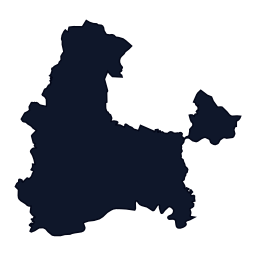 the district of Ha Trung, Thanh Hóa, Vietnam
{"feature_id": "81297802B67206181597957", "entity_name": "Ha Trung", "entity_type": "district", "adm_level": 2, "iso_a3": "VNM", "parent_name": "Vietnam", "parent_adm1": "Thanh Hóa", "projection": "orthographic", "projection_center": [105.848, 20.055], "detail": "fine", "context": "isolated", "style": "filled", "palette": "ink", "viewbox_px": 256, "rotation_deg": 0, "n_neighbors": 0, "source": "geoboundaries", "source_scale": "gbopen_adm2", "svg_char_len": 5835}
<svg xmlns="http://www.w3.org/2000/svg" viewBox="0 0 256 256"><path d="M131.6,46.0L125.8,40.9L123.0,38.9L118.6,37.6L115.7,37.2L114.0,35.4L112.6,34.8L111.2,34.7L109.8,35.0L107.0,34.6L106.1,34.2L104.0,30.7L103.5,27.7L102.6,26.1L101.3,25.3L97.8,24.9L96.8,23.9L93.1,23.6L89.5,22.4L86.3,20.5L82.6,26.5L81.8,26.8L73.6,26.7L69.8,27.1L69.1,27.3L68.1,31.6L67.0,31.6L65.3,30.0L64.0,31.6L62.2,35.3L61.6,39.0L62.4,41.2L62.3,44.5L63.8,51.3L63.7,52.4L62.9,53.0L61.0,56.3L61.2,59.8L60.6,60.8L59.4,62.0L58.8,63.8L58.3,64.4L54.3,66.5L53.3,67.7L52.0,68.3L51.8,69.2L52.2,71.2L51.8,71.7L51.9,72.1L51.5,72.6L50.9,74.5L49.7,75.7L51.3,76.6L52.2,77.5L52.1,77.8L50.8,77.7L50.5,78.0L50.5,78.5L51.6,79.8L51.5,80.1L50.4,80.3L50.1,80.6L51.0,82.8L50.3,83.7L50.3,84.7L48.6,85.2L46.6,88.5L44.8,89.2L44.1,90.4L43.3,92.5L42.2,94.4L42.6,95.3L44.5,96.4L45.2,97.2L46.4,99.1L46.6,104.3L46.3,106.3L45.9,106.4L40.4,105.2L39.0,104.5L38.3,103.6L36.7,102.6L35.3,102.8L34.6,102.5L33.3,102.8L31.9,102.5L31.4,102.7L29.2,106.8L29.6,110.2L27.8,111.6L24.8,113.1L21.3,119.1L22.7,121.2L23.7,121.7L25.9,122.1L28.0,124.0L30.7,125.6L32.3,127.0L32.6,127.6L36.5,130.5L32.2,134.9L31.6,135.9L33.4,142.8L35.3,143.8L34.4,145.3L34.5,145.9L36.1,147.7L33.0,148.4L32.1,149.0L31.0,150.3L30.6,151.2L30.7,152.0L32.7,155.5L34.0,159.2L34.9,163.1L34.9,164.4L32.6,164.1L32.7,166.3L32.2,168.1L31.1,169.7L31.3,170.0L32.7,170.2L33.6,171.3L33.5,172.1L32.7,173.2L31.7,176.1L30.6,177.6L28.9,179.0L28.4,178.9L27.8,178.1L27.0,178.1L23.0,182.0L22.6,182.0L22.2,181.6L22.1,180.4L21.8,180.0L20.0,179.3L19.2,179.4L18.8,179.9L18.7,182.1L16.9,183.5L15.4,186.6L18.5,189.6L18.3,195.4L18.6,197.8L19.2,199.0L20.9,200.7L25.5,203.6L27.2,205.2L28.4,205.8L31.1,206.2L30.4,211.8L30.5,212.4L32.2,214.7L35.1,217.1L34.9,217.6L34.1,217.5L33.6,217.9L33.4,219.5L32.1,218.9L31.5,219.1L31.5,219.5L32.5,220.1L32.5,221.2L34.2,221.7L34.4,222.2L33.9,222.7L33.3,223.9L32.2,223.2L31.5,223.2L30.8,223.6L29.5,225.0L29.6,225.4L29.9,225.4L31.0,224.6L31.8,224.7L30.7,226.1L31.8,227.0L31.9,227.5L30.9,229.0L30.1,231.2L31.3,231.9L34.6,230.6L39.0,227.8L42.7,227.6L43.7,227.8L45.8,228.9L48.2,231.7L52.2,235.0L54.5,235.5L60.5,235.5L64.8,234.4L70.1,234.1L72.0,233.3L74.8,232.7L81.4,231.7L83.4,230.8L84.3,229.7L84.7,228.7L84.8,227.5L83.4,223.6L83.6,222.7L84.0,222.4L88.5,220.9L94.0,220.3L99.4,218.7L102.7,216.6L107.2,212.3L110.7,210.1L113.2,208.9L116.2,208.4L120.7,208.5L126.1,208.8L134.7,210.0L135.0,209.6L135.4,208.3L135.2,202.9L135.8,201.2L136.5,200.8L137.3,201.1L138.7,203.2L140.0,204.5L141.8,205.4L147.1,206.9L152.6,210.5L153.5,210.5L154.2,210.1L157.5,205.0L158.9,204.7L159.5,205.3L159.5,207.9L160.7,212.1L161.3,213.2L161.7,213.3L162.6,213.0L164.7,210.2L168.4,206.8L169.5,206.5L171.4,207.3L173.6,209.6L173.7,211.2L173.2,213.1L171.8,214.8L168.4,216.4L167.9,217.2L167.9,217.9L168.6,218.9L169.3,219.2L172.9,219.0L174.4,219.3L175.0,219.8L175.6,220.7L176.1,224.7L176.6,226.6L177.3,227.4L178.1,227.9L180.3,228.0L182.9,227.2L184.5,226.3L185.5,225.5L186.0,224.7L186.1,223.9L185.2,222.8L186.3,220.9L189.8,219.7L194.6,217.2L190.4,216.5L190.1,215.5L190.7,213.3L190.7,212.0L189.9,209.6L190.0,208.8L190.5,208.2L192.2,207.4L193.5,206.2L193.7,203.9L192.0,202.4L192.4,201.7L194.8,201.0L194.4,198.5L194.5,196.0L193.8,195.4L191.4,195.9L190.8,195.3L190.7,193.8L192.5,192.0L191.0,190.0L190.7,189.9L190.2,190.4L189.8,192.5L189.1,192.7L187.2,190.9L187.3,189.9L188.8,189.4L188.9,189.0L188.7,188.8L186.3,187.8L185.0,188.6L184.3,187.9L184.8,186.6L184.4,185.3L182.1,181.3L182.6,180.6L183.8,180.0L184.1,179.5L184.6,176.7L185.6,175.3L185.7,173.4L187.1,172.2L187.7,169.4L187.0,168.1L185.1,166.4L184.6,164.1L183.6,162.0L183.0,159.7L181.4,158.6L180.9,157.7L181.2,156.3L180.7,153.2L182.1,151.1L182.0,150.6L181.2,149.0L181.5,147.2L181.2,145.1L182.6,143.7L183.7,142.1L184.2,139.6L185.1,138.6L186.7,137.8L189.2,138.0L192.7,140.7L196.2,141.6L197.7,141.1L201.5,138.5L204.0,137.4L205.5,137.3L209.2,139.1L209.8,139.5L210.7,142.3L211.6,143.2L213.8,144.3L215.3,144.5L217.2,143.8L218.3,143.0L220.0,139.9L223.1,137.7L224.7,137.5L226.6,138.1L232.7,137.3L233.7,136.4L234.6,134.2L234.7,133.5L233.8,129.9L234.3,128.0L234.9,126.8L235.5,126.3L236.3,126.3L236.3,122.5L236.6,120.9L238.5,119.9L239.7,118.4L240.6,116.3L237.2,116.0L231.7,116.3L229.5,115.1L226.9,111.9L222.1,107.2L220.9,107.0L217.5,107.2L213.2,101.2L211.5,97.0L207.3,95.3L200.7,90.3L197.9,93.0L196.8,94.7L193.6,102.0L195.1,102.6L195.6,103.3L195.9,104.7L197.4,106.1L198.3,105.6L198.2,106.3L197.8,106.8L198.4,107.9L198.1,108.9L198.3,110.3L197.3,110.3L196.4,111.4L196.8,111.9L197.5,113.5L196.9,114.0L195.5,114.1L195.1,114.3L194.2,116.2L192.3,115.0L190.5,114.9L189.3,115.2L190.4,119.3L191.4,121.8L192.0,122.0L192.8,123.2L193.0,124.5L192.8,126.0L189.8,129.4L189.8,131.3L189.1,135.5L187.9,136.5L186.5,136.8L185.2,137.7L184.4,138.7L183.0,138.1L183.1,137.6L181.9,136.7L181.7,135.3L182.2,133.9L181.4,132.9L180.7,132.6L179.7,132.7L178.9,133.2L177.1,133.0L176.2,133.3L173.2,133.2L172.8,132.4L170.9,131.8L169.6,132.1L167.6,133.5L165.6,133.4L164.0,133.1L162.5,131.9L160.8,132.3L160.3,131.0L160.0,130.8L159.7,130.9L158.7,132.2L157.9,132.3L157.6,131.7L158.2,130.3L158.0,129.5L157.6,129.5L155.4,129.8L155.0,131.5L154.2,131.8L153.8,131.6L153.8,131.2L140.5,125.4L138.5,130.6L133.7,129.2L131.9,127.5L129.2,126.4L126.4,124.4L125.7,124.2L125.1,124.5L124.8,126.3L124.3,127.2L120.1,125.1L115.8,124.7L116.0,124.0L117.6,123.0L117.7,122.2L116.8,121.5L114.0,121.0L111.1,121.5L111.0,120.6L111.7,118.1L110.8,115.6L110.5,114.9L108.7,113.7L108.0,112.2L106.8,111.7L105.9,109.4L105.6,108.2L105.5,103.1L105.6,102.6L106.8,102.1L106.6,92.5L107.5,91.1L107.5,90.6L104.4,79.1L107.7,71.2L110.1,74.2L112.4,76.5L122.1,77.0L121.6,75.2L120.2,74.3L119.7,73.0L119.9,71.9L121.1,71.3L121.7,70.5L121.3,69.4L122.3,67.7L122.2,67.1L120.6,65.1L119.5,62.4L119.5,60.1L120.1,58.0L121.1,56.5L124.0,53.7L125.1,51.8L129.1,48.6L131.6,46.0Z" fill="#0f172a" stroke="#020617" stroke-width="1.5"/></svg>